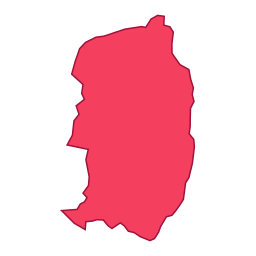 Fazenda Vilanova, Rio Grande do Sul, Brazil
{"feature_id": "56859067B8921969291508", "entity_name": "Fazenda Vilanova", "entity_type": "district", "adm_level": 2, "iso_a3": "BRA", "parent_name": "Brazil", "parent_adm1": "Rio Grande do Sul", "projection": "equal_earth", "projection_center": [-51.841, -29.589], "detail": "fine", "context": "isolated", "style": "filled", "palette": "rose", "viewbox_px": 256, "rotation_deg": 0, "n_neighbors": 0, "source": "geoboundaries", "source_scale": "gbopen_adm2", "svg_char_len": 965}
<svg xmlns="http://www.w3.org/2000/svg" viewBox="0 0 256 256"><path d="M85.2,229.6L85.9,221.7L92.3,221.1L96.9,219.7L103.3,220.0L107.8,225.5L111.9,228.5L120.3,222.9L124.3,225.8L128.3,231.2L134.2,232.6L140.3,236.7L150.0,240.6L154.5,238.6L158.5,232.3L160.7,226.4L166.4,216.8L171.9,215.3L175.4,211.2L180.0,204.7L183.4,199.4L185.6,182.8L188.9,177.6L192.4,163.2L194.4,146.7L193.7,139.4L189.2,133.8L190.2,126.1L190.2,119.9L190.5,108.4L194.0,101.3L192.2,94.6L193.4,87.9L190.7,79.3L188.9,69.6L179.9,64.6L172.0,53.3L171.9,43.7L173.3,32.1L169.9,26.8L163.8,25.1L164.2,16.3L157.6,15.4L151.0,19.1L145.7,27.4L141.5,26.6L124.8,29.2L103.8,36.2L96.0,37.2L85.5,42.4L79.7,48.6L75.2,61.4L71.7,74.2L83.0,84.5L81.7,93.4L84.4,99.3L76.2,105.8L79.0,114.3L74.0,120.8L72.4,135.2L67.1,145.0L75.5,146.7L88.3,149.4L85.9,159.7L89.2,176.8L88.5,185.5L83.0,193.2L87.0,197.6L84.5,201.8L80.2,204.1L77.2,209.4L61.6,210.6L74.2,223.2L85.2,229.6Z" fill="#f43f5e" stroke="#9f1239" stroke-width="1.5"/></svg>